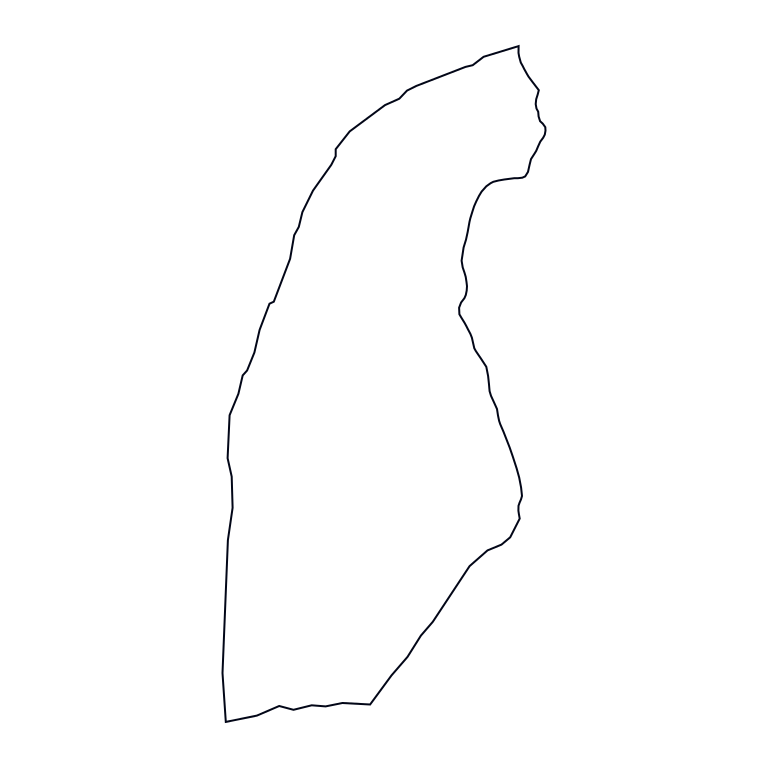 El Tejar, Chimaltenango, Guatemala
{"feature_id": "79465075B23918140958816", "entity_name": "El Tejar", "entity_type": "district", "adm_level": 2, "iso_a3": "GTM", "parent_name": "Guatemala", "parent_adm1": "Chimaltenango", "projection": "robinson", "projection_center": [-90.776, 14.679], "detail": "fine", "context": "isolated", "style": "outline", "palette": "ink", "viewbox_px": 768, "rotation_deg": 0, "n_neighbors": 0, "source": "geoboundaries", "source_scale": "gbopen_adm2", "svg_char_len": 1813}
<svg xmlns="http://www.w3.org/2000/svg" viewBox="0 0 768 768"><path d="M225.8,721.9L256.9,715.6L279.2,706.0L293.5,709.8L311.7,705.3L325.6,706.4L342.4,703.0L370.1,704.5L391.5,675.4L407.5,656.9L420.9,635.6L432.8,621.8L469.6,566.1L487.5,550.4L501.5,544.6L510.2,537.3L519.7,518.6L518.9,514.1L518.4,510.7L518.5,505.8L519.6,502.6L521.0,499.4L522.0,496.0L521.1,487.6L519.2,477.6L516.6,468.3L512.8,456.6L509.7,447.6L503.6,432.0L500.2,424.1L499.1,420.8L498.0,415.5L497.0,409.0L494.7,403.9L491.0,395.8L489.6,391.2L489.3,388.0L489.0,384.4L488.1,376.0L486.3,366.8L480.7,358.2L478.7,355.3L475.8,351.0L474.3,348.3L473.0,342.6L471.9,337.7L470.4,333.9L467.8,329.0L466.4,326.2L464.6,322.9L461.2,317.4L459.4,314.3L459.1,307.7L461.1,302.5L464.4,298.2L465.8,295.0L466.7,290.6L467.0,286.2L466.5,282.0L465.7,276.8L464.5,272.7L462.7,267.4L461.6,260.7L462.4,255.5L463.6,247.5L466.0,239.7L467.7,231.9L469.5,221.8L470.3,218.4L472.3,211.9L474.1,206.3L476.3,201.3L479.0,195.9L481.6,191.6L486.3,186.3L490.6,183.2L493.3,181.8L498.5,180.5L504.3,179.5L514.3,178.2L517.9,178.2L522.3,177.7L525.2,176.4L528.0,171.9L529.6,164.7L531.0,159.1L534.6,153.5L536.2,150.9L538.1,146.4L540.3,141.6L543.2,137.7L544.8,134.6L545.5,130.6L545.3,127.2L542.8,123.7L540.1,121.2L538.6,116.5L538.2,111.7L536.5,108.6L535.7,104.1L536.2,99.2L537.6,94.8L538.8,90.2L532.3,81.7L528.5,76.6L526.8,73.7L524.2,69.0L522.6,65.8L520.8,62.6L519.2,56.8L518.5,52.9L518.6,46.1L483.6,56.8L472.7,65.2L465.5,66.9L416.4,85.9L407.0,90.6L399.3,98.7L385.0,105.1L349.7,131.4L335.7,149.2L335.7,156.2L331.3,164.8L313.0,190.6L302.4,212.1L298.8,226.9L294.2,235.2L290.1,258.8L273.8,301.7L269.5,303.7L259.6,329.9L254.4,352.5L247.1,370.5L242.7,375.4L238.4,393.8L229.6,415.2L227.6,458.2L231.7,476.6L232.6,507.8L227.9,540.1L222.5,673.1L225.8,721.9Z" fill="none" stroke="#020617" stroke-width="2"/></svg>